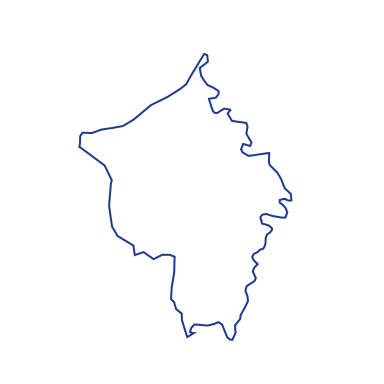 Boinsen, Bong, Liberia (Natural Earth projection), rotated 308°
{"feature_id": "62588387B25170598917016", "entity_name": "Boinsen", "entity_type": "district", "adm_level": 2, "iso_a3": "LBR", "parent_name": "Liberia", "parent_adm1": "Bong", "projection": "natural_earth1", "projection_center": [-9.229, 6.691], "detail": "fine", "context": "isolated", "style": "outline", "palette": "blue", "viewbox_px": 384, "rotation_deg": 308, "n_neighbors": 0, "source": "geoboundaries", "source_scale": "gbopen_adm2", "svg_char_len": 2698}
<svg xmlns="http://www.w3.org/2000/svg" viewBox="0 0 384 384"><g transform="rotate(308 192 192)"><path d="M308.3,116.6L284.9,119.3L273.3,121.1L266.1,119.3L261.6,117.7L251.9,114.2L236.3,106.7L235.2,106.2L216.7,102.2L213.0,101.4L201.4,96.9L198.6,94.4L193.4,89.8L185.2,82.0L181.7,79.9L176.9,76.9L176.0,75.7L171.3,69.2L167.2,69.5L161.5,73.7L158.1,75.6L158.4,77.1L159.1,106.8L158.4,108.3L151.9,121.5L149.7,122.5L147.6,123.6L129.9,135.3L120.0,145.6L115.5,150.4L111.5,160.4L112.1,165.4L112.8,171.1L113.7,178.8L107.1,185.7L114.8,190.9L115.4,202.1L115.5,203.1L124.1,207.2L128.8,213.1L129.8,216.6L130.3,218.1L118.6,226.8L117.3,227.7L104.0,234.9L95.5,240.9L94.6,241.6L94.2,245.7L89.9,251.6L89.9,258.7L84.9,262.9L78.7,271.7L74.8,277.5L75.3,277.8L81.8,280.2L81.1,279.3L80.8,278.3L80.5,276.7L82.0,276.0L84.3,275.1L89.1,275.5L89.7,276.4L90.9,278.1L91.2,278.6L91.4,278.9L92.7,280.8L96.2,286.3L101.8,290.9L104.4,292.0L104.9,292.8L105.8,293.1L105.9,294.1L106.0,297.5L101.7,304.9L99.4,308.8L99.0,312.3L100.3,314.8L105.5,313.6L107.8,313.1L110.4,310.6L113.0,308.5L113.5,307.9L114.1,308.2L115.0,308.0L119.4,308.1L121.7,308.1L125.0,306.1L132.8,304.9L140.5,303.3L144.1,299.8L145.2,297.9L147.0,294.9L151.4,293.0L154.1,293.9L156.6,294.8L160.3,296.1L163.5,295.3L165.4,291.5L166.4,289.5L166.8,288.8L170.7,287.6L172.9,287.9L174.9,288.1L175.6,288.2L176.1,283.0L177.6,279.8L178.3,279.4L181.0,278.8L185.3,280.7L188.4,281.1L191.2,283.0L192.9,282.9L196.3,281.8L201.4,278.2L204.8,277.3L208.3,278.4L210.9,278.4L211.8,278.2L212.8,276.9L212.8,272.7L210.2,266.4L210.8,265.8L212.5,264.2L212.4,263.4L214.3,261.4L215.4,261.4L217.2,261.2L220.4,264.0L222.6,270.1L227.0,278.3L228.3,280.1L229.3,281.2L230.6,280.8L231.2,281.0L232.0,280.4L234.6,279.7L235.9,277.4L236.8,276.0L237.7,272.5L237.7,268.4L237.6,267.7L238.5,267.0L239.3,266.3L239.7,266.0L240.3,266.5L240.5,266.7L242.6,268.1L243.0,268.9L244.0,269.8L244.1,271.6L245.2,274.2L246.6,275.5L247.8,274.4L248.3,273.9L249.7,272.6L251.3,271.1L252.0,262.8L256.3,255.5L257.1,254.2L259.7,247.6L260.4,242.0L261.2,236.4L261.9,235.5L263.5,233.7L266.3,231.7L270.1,229.0L270.2,228.8L270.2,228.6L255.5,214.7L255.5,214.1L255.1,213.7L254.9,211.4L254.4,207.3L254.8,206.6L255.8,204.4L261.4,202.7L263.2,207.3L264.1,209.5L266.0,208.9L267.7,208.4L268.3,206.8L271.3,199.0L274.6,197.2L277.7,195.5L279.8,192.2L272.6,179.7L273.3,178.0L275.8,171.8L277.0,171.8L280.3,171.8L280.4,171.6L277.6,166.1L277.2,165.9L269.7,163.2L268.4,161.3L268.5,159.6L268.7,158.4L275.2,148.8L275.9,148.0L278.3,150.2L280.9,152.6L281.1,152.7L285.4,152.7L287.9,150.8L287.4,144.9L285.9,138.3L287.0,133.7L289.3,127.5L294.5,121.8L303.6,124.1L304.4,124.3L307.1,121.8L309.2,119.7L308.3,116.6Z" fill="none" stroke="#1e3a8a" stroke-width="2"/></g></svg>